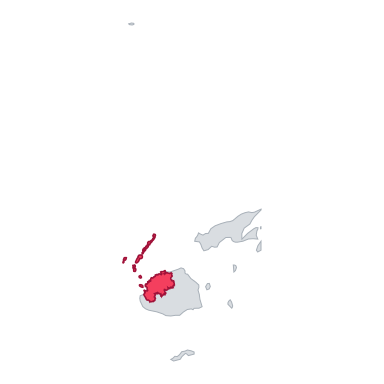 location of Ba, Western, Fiji
{"feature_id": "14151628B98370545668292", "entity_name": "Ba", "entity_type": "district", "adm_level": 2, "iso_a3": "FJI", "parent_name": "Fiji", "parent_adm1": "Western", "projection": "robinson", "projection_center": [177.639, -17.315], "detail": "fine", "context": "in_parent", "style": "filled", "palette": "rose", "viewbox_px": 384, "rotation_deg": 0, "n_neighbors": 0, "source": "geoboundaries", "source_scale": "gbopen_adm2", "svg_char_len": 8045}
<svg xmlns="http://www.w3.org/2000/svg" viewBox="0 0 384 384"><path d="M185.0,270.9L185.0,273.1L186.3,274.1L187.6,274.2L190.8,278.5L195.8,282.2L198.8,285.0L198.9,287.4L198.0,290.0L199.3,294.5L199.9,299.3L202.1,306.7L199.0,308.2L194.1,308.3L193.0,309.7L191.3,308.9L187.3,309.5L183.4,312.0L179.7,315.3L175.5,315.3L170.7,316.0L165.9,315.6L162.6,313.8L156.6,311.8L148.8,310.2L145.5,308.8L142.8,306.6L140.2,301.1L139.8,298.3L140.2,295.7L142.5,294.9L144.5,293.5L144.7,291.8L145.6,290.6L146.7,290.2L147.3,289.4L146.5,286.6L146.3,284.0L150.8,279.3L155.8,275.4L164.7,271.7L170.0,272.0L178.3,269.2L181.0,267.9L183.6,268.7L185.0,270.9ZM261.1,209.9L254.4,216.7L252.0,220.1L249.9,224.0L244.2,228.1L241.8,233.6L241.9,239.2L247.6,233.4L254.0,228.6L256.0,227.6L258.0,227.7L257.8,229.3L256.9,230.9L256.2,235.2L257.8,239.1L253.1,238.7L248.4,239.0L242.9,241.2L237.4,242.2L235.4,242.2L233.4,241.5L232.1,240.4L231.1,237.8L230.1,237.4L225.8,237.5L219.3,242.6L217.1,247.0L214.6,247.2L211.7,246.3L208.1,249.6L203.9,250.8L202.1,248.0L200.9,244.5L199.4,241.9L194.7,241.3L195.4,238.2L196.6,236.9L197.8,235.0L198.5,232.9L200.7,234.2L203.0,235.1L205.6,233.5L208.3,233.4L210.9,228.7L215.1,225.8L220.9,223.6L226.8,221.9L229.9,221.6L232.8,220.6L237.9,216.3L241.3,214.1L245.0,212.7L248.5,211.9L251.8,212.6L254.4,212.2L261.1,209.1L261.1,209.9ZM194.1,352.0L194.1,354.1L188.4,355.6L186.5,353.8L185.3,353.5L181.9,356.6L181.0,358.0L180.6,358.9L179.8,359.4L173.6,361.0L170.8,359.4L172.7,358.4L174.9,356.3L177.2,356.6L179.5,354.7L181.8,351.7L185.1,351.1L187.4,350.0L191.1,350.8L194.1,352.0ZM261.0,250.2L257.7,252.0L256.4,250.2L257.9,245.7L261.0,241.2L261.0,244.9L261.0,250.2ZM232.1,307.8L231.7,308.2L227.9,304.2L228.0,302.6L228.7,301.2L230.2,299.8L231.6,302.1L232.7,306.0L232.1,307.8ZM209.2,288.9L206.9,289.8L205.6,286.7L207.4,283.6L209.3,283.4L210.3,286.5L209.2,288.9ZM235.4,270.6L233.9,272.0L233.3,265.0L234.8,265.1L235.9,265.8L236.5,267.5L235.4,270.6ZM138.9,259.5L136.6,260.3L137.8,256.3L139.1,255.0L139.9,254.8L141.2,254.5L140.7,257.3L138.9,259.5ZM133.8,24.5L132.1,25.0L129.3,24.6L128.7,23.8L129.6,23.6L131.4,23.0L133.6,23.3L134.0,23.8L133.8,24.5ZM261.0,228.7L260.5,228.8L260.4,227.8L261.0,226.2L261.0,228.7Z" fill="#d9dde1" stroke="#a8b0b8" stroke-width="1"/><path d="M171.1,272.7L170.0,273.6L169.8,273.6L169.4,273.3L168.0,273.2L167.9,273.0L167.3,272.7L166.9,272.7L166.0,272.3L166.1,273.0L165.7,273.0L164.8,274.1L164.7,273.8L164.2,273.7L164.7,273.5L165.1,272.8L165.0,272.1L165.3,271.0L165.1,270.6L164.7,270.6L164.1,271.1L163.5,271.3L163.1,271.6L161.1,271.6L160.6,272.0L161.7,274.0L161.3,274.7L160.5,274.4L160.0,274.0L159.1,273.9L158.6,274.0L158.2,274.3L158.1,274.7L157.5,274.5L157.2,274.9L156.7,274.5L156.3,274.8L155.5,274.9L155.7,275.6L155.4,276.1L155.2,276.1L155.1,276.5L154.8,276.6L154.5,276.4L153.9,276.8L153.7,277.0L153.9,277.2L153.6,277.6L152.9,277.9L152.4,277.9L152.2,278.1L151.8,277.7L151.3,277.7L150.8,278.6L150.7,279.5L150.4,279.7L150.8,280.9L150.5,281.2L150.0,281.3L149.7,281.1L149.4,280.4L149.2,280.4L148.9,281.0L149.3,281.5L149.1,282.0L148.8,282.4L148.1,282.6L147.9,282.6L147.9,282.9L147.6,283.4L146.9,283.7L146.9,284.1L146.4,284.0L146.2,284.5L145.8,284.7L145.8,284.1L145.6,284.1L145.2,285.1L145.5,285.5L145.3,285.6L145.4,286.6L146.5,286.8L147.2,287.6L147.1,288.8L147.3,289.5L147.7,290.3L147.3,290.9L146.5,291.2L146.4,291.3L146.5,291.1L146.1,290.7L145.6,290.9L145.5,291.2L145.4,290.8L144.6,290.9L144.6,293.4L143.9,294.3L143.8,294.7L144.3,295.7L145.1,296.8L145.2,297.2L145.5,297.4L145.9,298.1L145.8,298.3L146.0,298.6L146.0,298.8L146.3,299.1L146.4,299.4L146.9,300.0L147.3,300.2L147.7,300.0L148.3,300.0L149.1,300.6L149.4,301.1L149.6,301.2L149.7,301.5L149.8,301.3L150.0,301.6L150.4,301.5L150.7,301.9L152.1,301.6L152.5,301.3L152.8,301.4L153.0,301.6L153.3,301.6L153.6,300.9L154.0,301.0L154.5,300.8L154.6,300.4L154.9,300.3L155.1,299.8L154.8,299.1L155.0,298.6L155.4,298.4L155.0,297.3L154.8,297.4L154.3,297.1L154.4,296.5L154.7,296.2L154.8,296.2L154.8,295.8L155.0,295.6L155.3,295.1L155.1,294.8L155.3,294.1L155.1,293.8L154.8,293.9L154.3,293.5L154.5,293.2L154.4,293.0L154.8,293.6L155.0,293.4L155.8,293.3L156.0,293.1L156.5,293.8L157.5,293.6L157.8,293.8L157.9,293.7L157.9,293.3L157.7,292.8L157.1,292.8L157.2,292.6L157.6,292.4L158.3,293.1L158.8,293.2L159.1,293.5L159.7,293.6L160.0,294.1L160.2,293.9L160.5,294.2L160.8,294.0L160.8,295.9L161.1,295.8L161.3,296.0L161.8,296.0L161.8,296.3L162.2,295.8L161.9,295.2L162.1,295.3L162.1,295.1L162.3,295.1L162.5,295.2L162.8,295.2L163.0,295.2L163.3,294.9L163.6,294.3L164.1,294.7L164.9,294.7L164.6,293.6L165.1,293.6L165.4,293.9L165.6,293.7L165.8,293.4L165.8,293.2L165.7,292.7L165.2,292.3L164.9,292.2L164.8,291.9L164.7,291.1L164.4,290.6L164.6,290.5L164.5,290.3L164.4,290.2L164.3,289.7L164.4,289.4L165.0,289.5L165.7,290.1L166.2,290.3L166.4,290.0L167.0,290.0L167.6,289.6L167.8,289.3L168.1,289.2L168.2,288.7L168.0,287.8L168.2,288.0L168.5,287.9L168.7,288.4L169.0,288.6L169.5,288.7L169.9,288.6L169.8,287.9L170.1,287.6L170.5,287.7L170.6,287.3L170.8,287.1L171.5,287.2L171.9,287.2L171.8,287.6L172.0,287.7L172.0,288.0L173.1,287.7L172.8,287.3L173.0,287.0L172.9,286.8L173.1,286.0L173.6,285.9L174.1,285.7L173.6,285.2L174.4,284.4L174.0,282.5L173.7,282.4L173.9,281.5L173.5,281.1L173.5,280.8L172.7,281.0L172.2,280.8L171.8,280.7L172.0,280.2L171.1,279.7L170.7,278.9L170.7,278.4L170.8,278.3L170.8,277.6L172.1,276.4L172.2,276.0L172.1,275.7L171.7,275.6L171.7,274.2L172.0,273.6L171.7,273.2L171.1,272.7ZM141.9,258.2L142.3,257.7L142.4,256.7L142.4,256.0L141.8,255.3L140.6,255.1L139.2,255.2L138.7,255.4L138.3,256.1L138.3,256.7L137.9,257.1L138.0,257.5L137.2,258.4L136.4,259.9L136.2,260.5L135.7,261.4L135.5,262.2L135.8,262.8L136.4,263.0L137.5,262.5L138.7,261.1L139.0,260.0L139.3,259.9L139.6,258.5L140.5,258.7L141.1,258.6L141.9,258.2ZM155.5,235.3L155.3,234.6L154.8,234.3L153.8,234.1L153.4,234.4L153.5,235.8L152.9,235.9L153.2,236.7L153.7,237.2L153.5,237.8L152.7,238.6L152.6,239.2L152.1,239.9L151.5,240.2L149.6,241.6L148.9,241.5L148.5,241.6L148.1,242.0L147.7,242.6L147.6,243.9L147.8,244.3L148.3,244.3L149.3,244.9L149.8,244.7L149.9,243.8L150.5,243.5L150.5,242.9L150.6,242.6L151.3,242.4L152.1,241.6L152.1,241.3L152.3,240.8L152.5,240.7L152.6,240.3L152.8,240.5L153.4,240.0L154.4,238.5L155.1,237.1L155.1,236.4L155.5,235.3ZM126.0,257.5L125.1,257.7L124.6,257.6L124.3,257.7L124.0,258.2L123.4,259.8L123.5,261.1L123.0,261.9L122.9,262.6L123.1,262.9L123.4,262.9L124.0,262.1L123.9,260.5L124.6,260.1L125.4,260.1L126.0,259.3L126.4,257.7L126.0,257.5ZM148.5,245.9L148.3,244.8L148.0,244.5L147.5,244.5L146.8,245.5L146.6,246.3L145.8,246.3L145.4,247.6L145.6,248.1L146.0,248.6L146.5,248.7L147.4,247.7L148.1,247.0L148.5,245.9ZM142.9,287.3L142.9,286.1L142.6,285.5L141.9,285.0L141.0,284.7L139.8,284.7L139.5,284.9L139.4,285.2L139.6,285.9L140.3,286.5L142.1,287.3L142.9,287.3ZM135.2,265.8L135.2,265.4L134.7,265.0L134.4,265.6L133.8,265.9L133.5,265.7L133.4,265.2L133.0,265.2L132.8,265.5L132.9,265.8L133.2,266.0L133.0,266.6L133.2,266.9L132.9,267.6L133.2,268.5L133.3,268.5L134.0,267.9L134.3,268.4L134.6,268.3L134.9,268.0L135.1,266.9L135.3,266.5L135.2,265.8ZM135.4,271.2L135.7,270.7L135.9,269.1L135.3,268.4L134.5,268.3L133.9,268.9L133.7,269.4L133.6,270.1L133.8,271.3L135.0,271.5L135.4,271.2ZM141.4,277.7L141.4,276.9L141.0,276.1L140.3,275.5L139.2,276.1L139.0,276.7L139.4,277.6L140.5,278.1L141.4,277.7ZM144.5,251.0L144.2,250.6L144.2,250.4L144.6,250.1L144.5,249.2L144.0,248.8L143.3,248.8L142.7,250.0L142.8,251.1L142.9,251.3L143.4,251.1L143.9,251.3L144.5,251.0ZM142.7,253.9L143.3,253.2L143.3,252.8L143.5,252.3L143.9,252.1L144.1,251.7L143.9,251.4L143.3,251.3L143.1,251.8L142.8,251.9L142.7,252.2L142.1,252.6L142.0,252.9L142.2,253.9L142.7,253.9ZM145.3,250.6L145.6,250.1L145.6,249.3L145.3,249.0L144.9,248.9L144.7,249.4L144.9,249.8L144.7,250.3L144.8,250.6L145.3,250.6ZM144.6,248.8L144.8,247.8L144.7,247.7L144.3,247.7L144.1,248.2L144.1,248.6L144.6,248.8ZM144.4,290.9L144.7,290.7L144.7,290.4L144.6,290.2L144.0,290.4L144.0,290.7L144.4,290.9ZM148.0,282.1L148.3,281.8L148.2,281.6L147.7,281.8L147.7,282.0L148.0,282.1ZM147.7,282.8L147.8,282.6L147.7,282.5L147.7,282.8Z" fill="#f43f5e" stroke="#9f1239" stroke-width="1.5"/></svg>